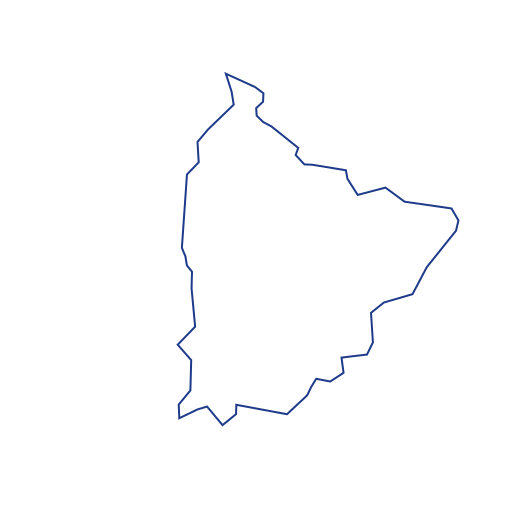 the district of Mat, Dibër, Albania, rotated 44°
{"feature_id": "67620474B55788488782298", "entity_name": "Mat", "entity_type": "district", "adm_level": 2, "iso_a3": "ALB", "parent_name": "Albania", "parent_adm1": "Dibër", "projection": "robinson", "projection_center": [19.995, 41.564], "detail": "fine", "context": "isolated", "style": "outline", "palette": "blue", "viewbox_px": 512, "rotation_deg": 44, "n_neighbors": 0, "source": "geoboundaries", "source_scale": "gbopen_adm2", "svg_char_len": 942}
<svg xmlns="http://www.w3.org/2000/svg" viewBox="0 0 512 512"><g transform="rotate(44 256 256)"><path d="M107.7,145.8L124.4,154.8L134.8,162.6L134.1,183.7L133.6,197.9L133.8,201.6L134.7,214.6L149.7,228.4L149.7,245.3L197.0,301.6L202.2,303.9L204.3,304.8L205.7,305.4L206.9,306.4L212.9,310.8L218.0,311.4L221.0,311.8L222.5,313.5L225.0,316.3L232.3,324.2L261.3,349.1L261.3,374.2L281.7,375.9L302.2,398.3L303.6,416.5L313.5,426.0L320.5,407.0L325.4,398.3L349.4,400.9L351.5,383.6L345.2,376.7L388.2,348.3L389.6,320.6L386.7,312.0L384.6,302.5L396.6,294.7L400.1,279.2L388.1,269.7L394.4,261.9L404.3,249.8L400.1,236.9L378.2,217.0L380.3,200.6L395.1,174.7L386.6,145.4L382.3,98.8L376.9,89.8L363.6,86.0L325.2,113.7L301.6,116.9L286.7,141.4L268.3,137.0L261.1,131.9L232.9,151.4L227.2,156.5L214.4,155.8L211.3,148.9L177.0,152.1L168.3,154.6L159.0,154.6L153.4,149.5L153.9,140.1L148.3,133.8L138.0,135.1L107.7,145.8Z" fill="none" stroke="#1e3a8a" stroke-width="2"/></g></svg>